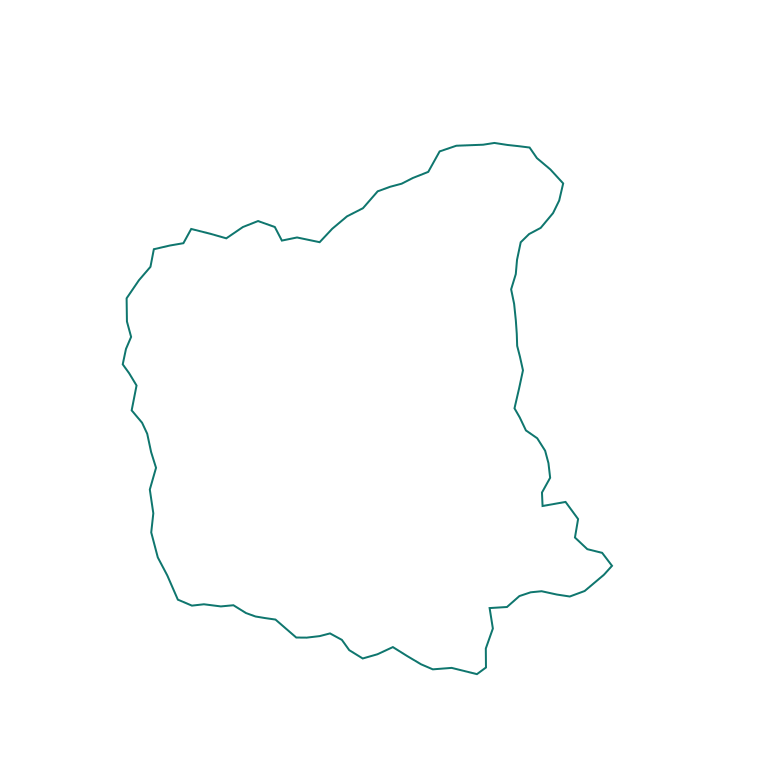 Itobi, São Paulo, Brazil, rotated 197°
{"feature_id": "56859067B58801249909217", "entity_name": "Itobi", "entity_type": "district", "adm_level": 2, "iso_a3": "BRA", "parent_name": "Brazil", "parent_adm1": "São Paulo", "projection": "equal_earth", "projection_center": [-46.929, -21.758], "detail": "fine", "context": "isolated", "style": "outline", "palette": "teal", "viewbox_px": 768, "rotation_deg": 197, "n_neighbors": 0, "source": "geoboundaries", "source_scale": "gbopen_adm2", "svg_char_len": 1558}
<svg xmlns="http://www.w3.org/2000/svg" viewBox="0 0 768 768"><g transform="rotate(197 384 384)"><path d="M271.3,628.2L287.6,637.8L303.8,644.7L313.9,652.7L324.8,650.8L335.8,648.7L348.9,646.8L359.2,641.8L384.5,633.0L398.8,622.7L403.7,599.8L416.6,589.5L425.7,580.7L435.8,574.4L446.4,566.4L455.5,546.0L468.4,533.5L478.9,517.3L487.0,500.8L510.0,498.7L523.6,491.3L534.3,502.2L552.1,503.0L564.8,492.9L577.4,477.2L593.3,476.9L613.7,475.9L617.0,460.0L629.3,453.8L643.5,445.6L641.6,427.8L648.7,411.6L655.2,390.7L648.1,368.6L639.6,355.1L641.0,342.1L639.6,326.4L630.9,319.8L620.2,310.2L617.6,285.0L604.0,276.2L595.9,267.2L586.8,250.8L577.5,237.2L577.1,214.6L566.8,192.9L563.2,174.0L549.6,152.0L535.3,137.6L518.1,117.5L502.9,115.9L491.8,120.7L475.0,123.6L463.3,128.4L449.0,124.6L438.9,124.1L429.2,125.4L418.9,127.0L406.5,121.5L393.8,115.9L383.9,118.8L371.8,124.1L362.7,129.7L349.5,127.0L339.4,119.3L324.1,115.3L311.3,123.6L298.6,135.0L282.6,130.7L266.7,126.8L253.9,125.4L236.3,132.3L210.3,133.7L203.6,142.7L209.3,160.8L208.4,182.0L217.5,200.6L201.2,206.7L192.5,220.8L182.8,227.7L172.7,231.9L157.1,233.2L144.2,235.1L131.6,244.7L117.9,265.9L112.8,276.8L126.0,286.3L141.3,285.5L156.5,293.0L158.9,311.6L175.9,324.3L196.7,313.7L201.2,326.4L197.7,342.9L203.6,356.4L210.4,367.3L221.6,376.9L234.7,381.1L244.4,391.7L252.1,398.9L253.5,419.1L255.1,437.7L262.0,449.9L267.8,459.4L271.7,470.8L276.5,483.3L283.0,498.7L290.1,511.7L290.1,527.6L293.1,541.7L294.7,559.5L289.1,569.8L279.8,579.1L272.3,596.9L270.1,610.7L271.3,628.2Z" fill="none" stroke="#0f766e" stroke-width="2"/></g></svg>